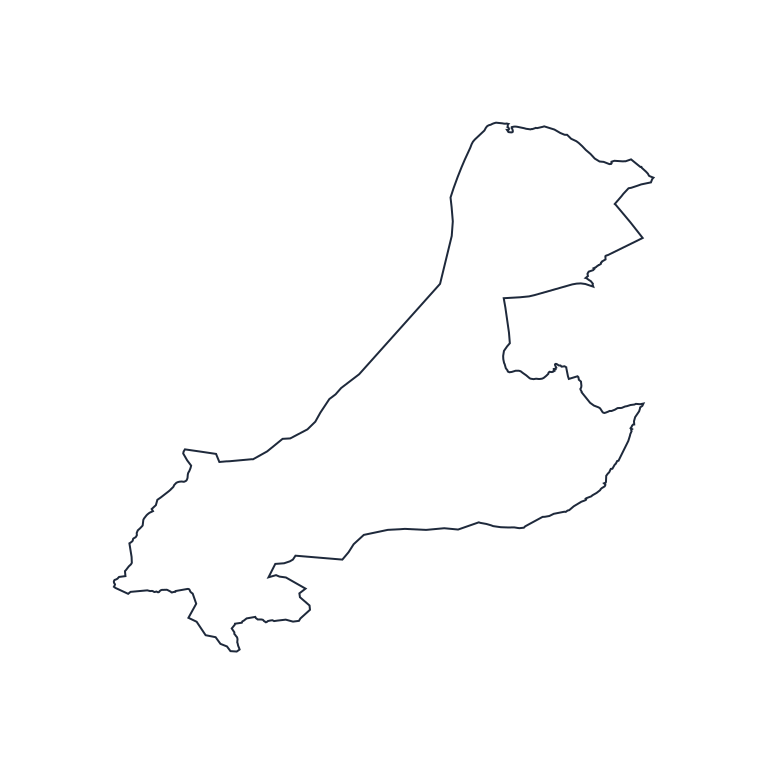 the district of Kpone Katamanso, Greater Accra, Ghana, rotated 260°
{"feature_id": "2480657B63581433334614", "entity_name": "Kpone Katamanso", "entity_type": "district", "adm_level": 2, "iso_a3": "GHA", "parent_name": "Ghana", "parent_adm1": "Greater Accra", "projection": "equal_earth", "projection_center": [-0.063, 5.768], "detail": "fine", "context": "isolated", "style": "outline", "palette": "slate", "viewbox_px": 768, "rotation_deg": 260, "n_neighbors": 0, "source": "geoboundaries", "source_scale": "gbopen_adm2", "svg_char_len": 6147}
<svg xmlns="http://www.w3.org/2000/svg" viewBox="0 0 768 768"><g transform="rotate(260 384 384)"><path d="M267.7,601.6L285.5,614.7L290.5,617.3L291.8,617.8L294.5,619.6L295.9,619.4L296.5,620.5L297.7,619.2L298.9,620.5L299.8,621.0L300.8,622.2L300.7,623.4L303.9,623.7L307.8,625.6L312.8,630.5L315.1,631.7L316.5,632.2L317.6,634.6L319.7,636.1L319.6,632.8L320.7,628.6L320.3,627.1L320.5,623.1L320.0,619.5L320.0,617.5L319.2,614.0L319.3,612.4L319.5,611.8L319.7,609.8L318.6,606.9L317.9,603.3L318.3,601.5L317.9,600.2L317.3,597.3L317.2,595.9L317.9,594.7L318.5,594.3L322.5,592.6L323.7,591.3L326.3,587.0L329.7,583.7L341.5,577.2L341.9,577.4L343.9,576.7L345.0,576.5L346.2,577.5L347.9,578.1L352.2,578.4L354.4,576.6L356.1,576.7L356.6,576.5L357.0,576.6L357.5,576.3L358.0,575.9L356.9,566.9L359.7,566.5L368.1,566.3L368.8,566.4L370.1,564.9L370.2,562.6L370.3,561.8L371.4,561.2L371.7,560.7L371.8,559.6L372.1,559.1L373.1,558.2L373.8,557.3L374.0,556.4L373.6,555.8L372.6,555.8L370.1,556.5L369.4,555.3L368.9,555.4L369.0,554.4L369.3,554.2L369.3,553.9L368.4,554.0L368.1,553.4L367.5,553.3L367.2,553.8L366.7,552.5L366.6,551.4L366.9,550.2L367.3,549.3L366.9,548.4L366.4,547.9L365.5,547.6L363.8,545.1L362.2,542.2L361.8,540.5L361.9,538.1L362.1,537.1L362.8,534.7L362.8,532.2L363.7,529.5L364.3,528.5L367.8,525.6L370.9,522.5L372.8,520.8L373.6,519.2L374.2,515.9L373.7,511.9L373.8,509.5L374.8,508.1L375.9,508.0L378.4,506.7L382.5,506.3L384.0,505.9L387.7,505.8L390.9,506.2L395.8,507.9L399.7,511.8L402.3,515.0L413.0,516.0L438.2,516.8L447.7,516.8L445.8,532.9L445.1,542.1L445.4,547.6L449.4,586.7L449.4,591.2L448.9,595.3L447.5,599.7L443.5,607.0L445.6,606.7L446.5,607.1L449.4,605.5L450.7,604.0L453.0,601.8L453.4,601.0L454.9,603.6L457.1,603.5L457.7,603.9L459.1,605.1L459.8,609.7L460.8,611.1L461.6,610.5L462.3,613.2L462.8,613.8L463.6,615.6L463.9,616.0L463.9,616.7L464.7,618.5L465.7,618.7L466.1,619.5L466.7,619.7L467.1,620.8L468.2,623.8L471.4,624.2L471.9,625.1L472.1,626.9L482.9,664.1L500.3,654.8L520.1,643.4L521.2,642.5L527.7,650.5L529.7,652.7L534.3,658.8L534.3,661.5L535.3,668.4L535.9,671.9L536.2,681.9L539.2,683.7L540.4,685.2L542.3,682.1L543.1,681.1L545.3,680.4L547.6,678.9L552.0,675.5L553.1,675.2L553.2,674.2L562.3,666.3L561.4,660.6L561.9,657.4L563.8,649.7L563.4,646.6L563.0,646.4L562.3,646.6L561.7,646.4L561.3,645.9L561.4,644.2L564.6,638.9L565.7,634.9L569.4,630.7L574.7,627.3L579.4,623.4L583.8,620.5L587.6,617.6L589.7,615.6L593.0,610.9L597.6,607.6L598.1,605.1L600.6,601.2L605.0,596.0L609.9,586.5L609.7,585.0L609.4,579.2L609.9,577.9L609.7,577.2L609.3,574.4L609.3,573.9L609.5,573.4L609.3,572.5L609.8,571.0L610.7,568.2L611.5,566.6L614.2,559.8L614.6,558.5L614.9,556.6L614.8,554.4L613.8,554.1L613.1,554.6L611.4,554.8L610.6,554.8L609.9,554.5L609.6,553.6L609.9,552.1L610.5,550.3L612.8,549.3L612.5,550.6L613.3,551.4L614.3,551.3L615.6,550.2L616.0,550.6L617.9,550.9L618.5,551.7L619.2,550.1L619.3,548.4L619.7,547.0L620.1,546.0L621.9,539.7L621.8,538.6L621.6,536.9L621.1,534.9L620.8,534.2L620.7,532.5L620.2,530.8L619.7,530.0L618.5,528.7L616.2,526.9L609.0,515.9L607.2,513.7L604.9,511.9L601.7,510.0L590.9,502.5L584.0,498.0L575.1,492.5L564.9,486.6L556.1,481.9L546.5,481.3L532.2,480.0L518.0,476.4L472.9,456.6L397.9,361.2L387.5,341.1L382.2,334.5L378.7,327.6L366.9,316.4L358.8,309.8L352.6,300.7L346.7,282.2L347.6,274.6L337.9,257.2L332.6,241.9L332.9,240.6L334.8,218.0L335.2,215.3L335.8,208.3L342.7,206.8L344.3,206.5L349.1,192.1L354.2,176.6L352.2,174.9L350.4,174.2L343.0,176.9L337.1,179.9L334.7,178.8L333.1,177.8L331.6,176.8L331.4,176.5L330.2,175.6L328.7,175.0L325.6,174.2L324.0,173.3L323.1,172.4L322.5,170.6L322.5,169.7L323.1,167.8L323.3,165.8L323.2,164.1L322.8,162.4L321.0,159.9L319.4,158.8L318.6,157.8L318.3,157.2L317.9,156.8L317.6,156.1L317.2,155.8L315.8,153.5L311.0,144.4L309.3,140.7L304.3,138.3L301.2,133.5L298.9,134.4L297.9,130.7L296.8,128.6L296.0,127.4L293.2,124.3L292.0,123.4L286.7,121.8L286.3,121.5L284.3,118.8L282.6,116.1L280.4,114.7L279.7,114.5L278.1,114.4L276.7,113.3L276.2,112.7L275.4,110.5L275.1,110.1L274.6,109.8L273.7,109.5L273.1,109.1L272.6,108.4L271.7,106.7L271.3,105.6L257.5,105.4L251.7,104.6L250.9,104.0L250.2,103.3L248.7,101.0L245.5,97.5L244.7,96.4L239.7,96.0L240.0,89.6L239.2,88.5L238.6,87.8L238.1,86.4L237.8,84.7L237.4,84.2L236.2,83.6L235.6,83.6L235.1,83.6L234.0,84.1L233.3,84.3L231.9,83.4L231.2,82.8L229.8,84.1L221.8,95.6L223.3,98.3L221.9,115.0L220.7,117.7L220.5,119.6L220.2,120.3L219.3,121.3L219.0,121.9L219.1,123.9L218.1,125.3L218.2,126.3L218.7,126.9L219.0,127.1L219.6,128.3L219.8,129.5L219.1,134.3L218.8,134.9L216.5,137.9L215.8,138.4L215.5,138.9L215.7,140.3L215.6,142.4L216.3,142.7L216.3,154.8L216.2,155.5L215.8,156.3L215.3,156.7L213.2,157.2L212.0,158.0L210.8,159.2L200.2,160.9L187.7,150.8L182.4,158.2L167.6,164.7L163.9,174.2L156.5,177.8L152.8,183.8L147.6,186.4L146.1,192.5L147.6,195.7L148.9,195.5L151.6,194.9L154.2,194.8L155.0,194.6L158.0,195.4L159.4,195.4L160.3,195.2L161.8,194.3L162.2,194.2L163.9,193.2L165.4,193.5L169.7,191.6L172.9,195.3L173.8,195.6L173.6,202.5L174.8,203.3L175.3,204.8L177.0,208.0L177.0,216.8L175.8,217.1L174.0,218.8L173.5,222.0L172.9,223.6L172.4,224.1L171.3,224.7L170.9,225.3L169.9,226.1L169.9,227.0L170.7,228.5L170.8,230.1L170.8,231.9L170.7,233.1L169.6,234.6L169.5,237.9L169.0,246.3L165.8,253.1L165.5,259.1L167.6,260.9L174.5,271.9L178.8,272.2L188.6,264.2L192.5,264.3L196.1,271.2L210.5,253.8L212.5,247.6L214.5,244.5L213.7,236.7L225.7,245.7L224.8,254.5L225.7,260.5L226.9,263.8L230.3,267.0L218.3,312.5L224.5,319.9L231.5,326.3L238.9,337.9L239.7,362.4L238.2,374.5L237.7,379.4L233.0,400.2L231.5,418.3L227.8,431.7L231.3,453.3L230.5,454.8L228.4,460.5L226.3,464.8L225.1,466.8L222.7,474.1L221.1,481.6L220.2,487.3L218.9,491.0L218.5,492.4L218.2,496.8L219.3,498.3L221.1,503.6L225.6,517.1L225.3,519.4L225.3,523.9L226.7,528.7L226.7,529.6L226.9,539.4L226.5,540.8L227.5,542.8L227.6,544.5L230.6,549.6L233.8,557.9L234.4,561.3L234.8,562.7L235.4,563.1L236.0,562.7L236.4,563.4L237.4,568.7L238.2,569.9L239.8,574.4L241.9,578.4L242.8,579.1L243.6,580.3L244.8,583.4L245.6,584.2L246.5,584.5L248.0,583.4L248.4,585.2L249.1,585.6L255.0,586.9L257.0,589.0L257.9,590.4L261.0,592.6L260.9,594.2L264.6,597.3L265.1,598.3L267.7,600.3L267.7,601.6Z" fill="none" stroke="#1e293b" stroke-width="2"/></g></svg>